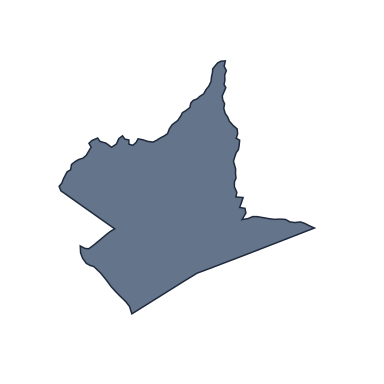 São João do Sul, Santa Catarina, Brazil, rotated 109°
{"feature_id": "56859067B43932485433682", "entity_name": "São João do Sul", "entity_type": "district", "adm_level": 2, "iso_a3": "BRA", "parent_name": "Brazil", "parent_adm1": "Santa Catarina", "projection": "albers", "projection_center": [-49.843, -29.193], "detail": "fine", "context": "isolated", "style": "filled", "palette": "slate", "viewbox_px": 384, "rotation_deg": 109, "n_neighbors": 0, "source": "geoboundaries", "source_scale": "gbopen_adm2", "svg_char_len": 1784}
<svg xmlns="http://www.w3.org/2000/svg" viewBox="0 0 384 384"><g transform="rotate(109 192 192)"><path d="M187.5,94.7L188.9,99.7L191.1,105.4L192.2,110.8L193.0,115.9L194.0,122.1L195.4,126.5L198.8,130.3L201.8,135.7L194.4,134.2L190.2,136.6L191.1,141.9L185.5,141.8L180.6,141.9L182.4,148.8L177.7,149.5L173.3,153.6L168.6,155.2L164.6,154.9L160.3,156.9L156.1,158.2L152.5,160.7L149.4,162.8L144.5,163.0L140.4,163.0L137.0,161.9L133.0,162.5L127.5,163.8L126.8,167.7L122.1,167.8L117.7,169.8L115.6,175.0L112.8,179.8L109.5,182.7L107.0,186.1L102.6,189.2L98.0,189.9L94.9,192.9L91.2,194.7L86.5,194.3L82.3,194.0L79.9,196.7L75.4,197.3L70.7,199.2L66.1,199.0L62.7,202.5L57.2,203.2L58.9,207.2L61.5,209.7L64.9,211.1L68.9,212.5L72.5,211.5L76.5,211.1L81.4,210.0L86.5,210.6L90.7,212.1L95.4,212.9L99.0,215.7L102.5,217.7L105.0,220.7L108.3,222.1L112.8,221.5L117.2,224.4L120.1,226.9L123.7,227.3L129.1,228.8L134.9,232.7L139.9,234.0L144.8,234.1L148.1,236.6L151.0,239.4L154.4,242.1L157.5,245.1L158.6,250.7L158.6,255.4L159.3,260.3L163.3,261.0L167.1,263.1L167.3,267.2L163.3,268.7L163.9,272.6L161.5,276.0L165.4,278.6L171.2,279.1L175.9,282.6L173.8,289.3L174.1,295.5L171.7,298.8L175.9,303.4L179.5,305.3L182.4,302.0L188.3,303.2L192.0,304.0L195.5,306.1L198.3,309.9L201.3,312.4L205.2,314.9L210.5,314.0L213.6,316.7L217.2,317.2L221.2,317.8L226.1,318.0L229.9,319.5L233.6,316.3L252.0,253.1L255.9,256.4L259.9,259.0L263.6,261.2L274.7,268.0L279.3,271.2L280.2,274.9L279.4,280.1L285.9,277.5L290.4,273.7L293.9,268.7L294.6,264.6L294.5,260.4L298.2,252.3L303.0,244.6L307.9,237.5L310.6,232.6L313.1,227.7L317.3,218.8L320.6,213.8L326.8,209.2L279.4,170.9L273.6,166.1L267.2,160.9L261.9,154.4L235.0,122.2L186.2,64.5L185.7,70.3L185.0,75.0L185.0,79.7L187.4,84.8L188.4,89.5L187.5,94.7Z" fill="#64748b" stroke="#1e293b" stroke-width="1.5"/></g></svg>